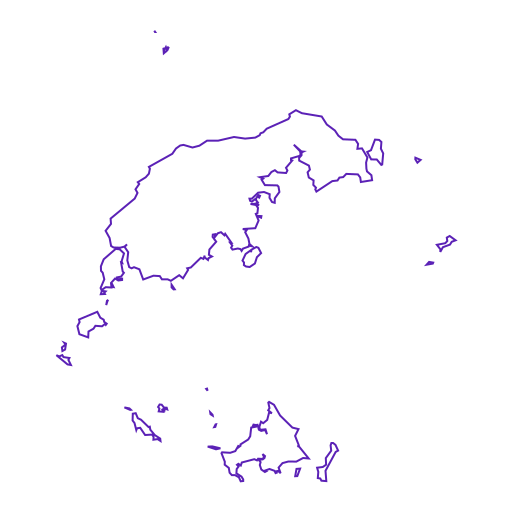 Mornington, Queensland, Australia
{"feature_id": "25037944B95382354250521", "entity_name": "Mornington", "entity_type": "district", "adm_level": 2, "iso_a3": "AUS", "parent_name": "Australia", "parent_adm1": "Queensland", "projection": "mercator", "projection_center": [139.442, -16.684], "detail": "fine", "context": "isolated", "style": "outline", "palette": "violet", "viewbox_px": 512, "rotation_deg": 0, "n_neighbors": 0, "source": "geoboundaries", "source_scale": "gbopen_adm2", "svg_char_len": 6116}
<svg xmlns="http://www.w3.org/2000/svg" viewBox="0 0 512 512"><path d="M127.0,244.4L124.6,246.9L128.2,252.2L127.3,260.4L129.2,267.1L131.6,268.3L134.0,267.2L139.4,269.3L143.2,279.5L153.5,275.7L159.8,276.1L161.9,279.3L167.6,279.3L170.9,280.8L179.2,275.2L183.0,278.3L188.1,269.9L187.2,268.3L190.8,267.5L200.8,257.8L203.4,258.9L204.7,255.6L204.5,257.3L208.0,260.0L208.5,258.2L211.9,256.5L208.9,254.8L209.4,249.5L216.2,241.7L212.6,236.9L212.8,234.6L215.1,234.2L214.8,237.1L217.9,233.2L221.0,232.2L224.4,235.3L225.2,233.8L231.5,242.8L230.1,242.7L232.3,245.6L231.1,247.7L232.5,249.6L237.8,248.5L240.5,249.1L241.6,250.9L243.0,248.6L248.6,246.6L249.4,243.6L248.4,238.5L245.2,232.2L246.6,230.2L242.8,229.0L255.3,228.2L258.6,220.5L255.8,213.9L257.4,213.2L258.0,207.9L256.0,205.0L250.5,204.0L254.8,203.8L258.9,205.4L256.8,202.9L257.8,202.4L255.9,200.0L256.3,198.2L251.9,201.6L250.1,200.8L249.5,198.7L251.8,198.7L258.1,192.7L264.0,192.0L269.7,194.2L269.5,197.8L272.0,202.0L274.7,202.8L274.8,198.3L279.4,192.0L278.5,186.6L277.3,185.4L264.9,185.1L261.6,179.7L263.1,178.7L259.9,177.2L268.3,176.0L271.4,172.0L274.9,170.2L277.6,172.4L286.1,173.0L287.4,170.5L286.0,167.8L292.2,160.5L291.0,160.1L291.0,158.4L299.5,155.9L300.6,154.5L300.1,151.3L293.8,144.7L301.4,151.4L303.3,151.6L301.6,152.4L301.5,155.3L299.1,157.9L299.2,160.6L308.9,165.6L309.9,169.6L307.6,172.3L308.8,177.5L313.6,180.4L313.3,184.9L316.0,187.7L315.3,189.4L316.4,191.6L332.3,181.1L337.5,180.5L339.4,177.6L343.2,177.1L346.3,173.9L357.9,174.4L360.2,177.4L360.9,182.0L372.1,180.2L371.4,175.2L367.0,171.4L366.4,168.6L366.1,162.6L367.4,157.5L362.0,148.4L357.4,148.8L358.1,143.9L355.4,139.8L343.0,139.3L338.4,135.7L334.9,130.5L326.8,124.5L321.7,116.5L301.9,113.2L295.9,110.2L289.3,114.3L289.9,116.6L288.4,119.0L266.7,128.7L263.3,132.3L260.5,133.3L259.7,135.2L255.3,137.6L245.1,138.6L234.0,137.0L218.0,140.7L207.0,140.7L199.4,145.7L192.5,147.5L183.5,144.9L180.2,145.5L176.0,148.5L172.3,153.8L148.9,166.9L149.9,168.7L148.9,173.7L145.7,177.3L137.8,182.2L139.2,184.0L135.5,189.3L137.5,192.9L134.7,198.6L110.6,218.6L111.0,223.9L105.6,230.8L109.6,238.0L111.1,246.0L113.6,247.5L120.1,247.7L124.5,246.6L127.0,244.4ZM264.4,470.8L269.5,469.0L274.5,470.8L275.6,473.1L277.6,472.3L275.8,472.5L275.8,471.4L278.0,470.9L280.6,473.2L278.6,467.6L282.5,463.1L288.4,461.5L296.3,461.6L303.1,458.0L308.7,458.5L298.7,446.1L297.5,446.7L298.8,445.3L295.1,435.9L298.5,429.1L292.4,427.6L280.1,415.5L274.0,404.8L269.1,401.9L268.3,402.6L269.5,408.1L268.2,410.3L271.9,413.2L269.1,412.5L267.2,419.9L263.2,423.2L261.0,421.7L259.3,427.1L260.1,429.8L265.5,429.3L267.0,434.2L265.1,430.0L261.2,430.9L258.9,429.7L257.3,423.9L257.4,425.3L253.5,424.6L253.0,425.7L256.8,426.5L251.2,427.6L250.2,436.3L248.2,439.5L240.5,444.4L240.5,445.8L238.1,447.6L238.7,445.2L235.3,451.1L230.2,452.8L222.1,452.3L221.5,453.2L224.8,461.7L224.7,464.7L228.8,467.9L229.6,472.7L231.8,475.1L235.0,475.1L238.9,477.3L240.7,481.3L243.2,481.0L243.2,479.4L241.5,476.6L236.4,473.3L236.7,469.0L238.6,466.5L237.0,464.8L238.4,463.8L240.8,465.5L241.8,462.5L254.3,459.2L257.0,460.4L258.1,458.7L262.1,458.9L264.3,457.5L262.6,454.1L265.0,456.1L264.4,458.1L262.7,459.4L258.6,459.8L260.6,462.1L259.8,465.0L261.3,469.5L264.9,472.0L266.0,471.4L264.4,470.8ZM121.1,262.5L122.2,262.9L121.6,261.3L124.0,253.4L119.7,249.3L115.7,248.9L103.7,259.3L100.9,266.3L101.0,270.8L102.7,272.7L104.3,279.3L100.6,288.0L101.5,290.1L105.7,287.2L111.5,287.5L111.0,283.0L115.1,278.5L118.3,280.5L122.1,280.0L122.1,278.7L117.5,279.4L117.0,277.4L121.1,276.6L123.9,272.8L122.7,271.5L121.1,262.5ZM100.3,317.7L97.3,311.8L79.0,319.5L79.6,322.1L77.4,326.1L79.4,334.2L88.2,337.4L88.5,331.5L93.5,328.7L95.4,325.8L102.0,326.3L105.1,323.9L105.8,324.9L106.7,323.7L104.2,321.9L103.7,319.7L100.3,317.7ZM376.8,159.5L381.3,164.9L382.2,164.5L383.2,153.4L380.9,148.7L381.4,142.0L379.1,139.9L375.0,139.6L371.0,150.2L367.2,152.0L371.2,159.4L376.8,159.5ZM321.4,480.7L326.3,481.1L325.5,470.8L335.7,451.9L338.1,450.6L335.5,444.9L333.1,443.0L331.4,443.0L330.6,445.3L331.2,450.7L325.8,458.1L326.1,464.7L322.8,467.0L317.1,467.7L318.3,471.9L317.8,478.1L320.3,478.5L321.4,480.7ZM148.6,427.1L141.0,419.7L137.8,418.2L135.7,413.2L132.8,413.7L132.6,420.5L134.5,423.0L136.3,430.1L137.0,428.3L140.2,427.8L145.1,435.0L152.1,434.6L153.6,436.9L153.4,439.7L157.6,439.1L160.5,441.0L160.2,438.6L154.8,435.1L150.3,429.7L149.8,426.7L148.6,427.1ZM250.9,250.2L245.6,254.0L242.5,260.6L244.0,262.5L243.9,265.1L246.0,266.5L249.7,267.0L254.9,263.5L256.9,257.2L261.1,253.1L258.4,247.8L256.3,247.0L251.5,249.7L251.0,252.2L250.9,250.2ZM447.3,241.0L445.3,243.2L436.9,244.8L440.4,249.3L440.3,251.9L442.9,247.2L450.0,244.6L451.7,241.8L455.6,240.3L449.7,236.0L446.8,237.6L447.3,241.0ZM63.5,357.1L62.3,355.1L59.3,356.4L56.4,355.2L67.5,364.4L70.9,365.0L68.4,359.9L69.4,358.0L63.5,357.1ZM158.7,411.4L163.2,411.8L162.3,409.6L163.3,409.0L164.5,410.3L164.9,408.5L167.2,409.4L166.7,407.7L164.0,407.6L161.7,404.7L159.6,404.5L158.1,407.0L159.4,408.6L158.7,411.4ZM65.1,349.5L66.0,343.6L64.4,342.9L65.6,344.5L61.9,347.4L62.4,351.0L65.1,349.5ZM295.2,476.2L297.3,476.1L300.1,468.6L296.5,468.9L295.2,476.2ZM220.4,448.3L212.3,446.4L207.7,446.6L216.0,449.3L220.4,448.3ZM105.6,291.4L101.9,290.8L100.8,294.2L104.9,294.0L104.2,292.8L105.6,291.4ZM167.0,50.0L165.9,47.1L164.5,49.7L163.4,47.9L163.8,53.3L167.4,50.2L168.5,47.7L167.3,46.8L168.0,48.0L167.0,50.0ZM426.6,264.7L432.8,263.6L433.2,262.6L429.1,261.9L426.6,264.7ZM417.4,162.7L420.6,159.9L415.4,157.7L415.3,159.3L417.4,162.7ZM171.6,287.4L173.6,289.4L174.7,289.3L171.6,284.7L171.6,287.4ZM124.4,407.4L130.2,409.9L130.9,409.8L129.4,408.4L124.4,407.4ZM258.5,195.1L257.3,196.6L259.2,197.6L260.0,195.8L258.5,195.1ZM210.2,412.3L210.5,414.2L212.7,415.6L212.5,414.7L210.2,412.3ZM261.4,216.1L257.8,215.9L257.5,216.2L261.1,217.7L261.4,216.1ZM249.8,245.8L252.1,246.3L250.3,244.7L249.8,245.8ZM111.8,283.4L113.0,287.0L113.6,287.1L111.8,283.4ZM106.2,305.1L107.5,301.0L108.2,299.9L107.0,300.8L106.2,305.1ZM206.2,388.9L207.6,390.7L207.0,388.6L206.2,388.9ZM214.2,427.1L215.3,426.9L216.1,424.3L215.6,424.4L214.2,427.1ZM155.2,32.0L154.3,30.7L155.0,32.0L155.2,32.0Z" fill="none" stroke="#5b21b6" stroke-width="2"/></svg>